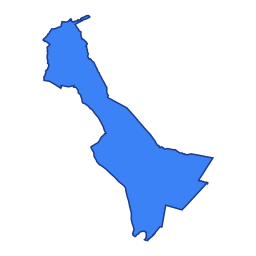 outline of Podgoria, Buzau, Romania
{"feature_id": "2599482B62775264936185", "entity_name": "Podgoria", "entity_type": "district", "adm_level": 2, "iso_a3": "ROU", "parent_name": "Romania", "parent_adm1": "Buzau", "projection": "equal_earth", "projection_center": [26.994, 45.465], "detail": "fine", "context": "isolated", "style": "filled", "palette": "blue", "viewbox_px": 256, "rotation_deg": 0, "n_neighbors": 0, "source": "geoboundaries", "source_scale": "gbopen_adm2", "svg_char_len": 5380}
<svg xmlns="http://www.w3.org/2000/svg" viewBox="0 0 256 256"><path d="M134.9,236.6L135.7,236.3L136.0,235.7L136.6,235.0L137.2,234.4L138.6,233.9L138.9,233.3L139.1,232.8L140.5,231.8L144.0,231.1L146.3,232.5L146.0,232.9L146.3,234.2L146.4,234.5L146.1,235.6L146.3,236.6L145.8,237.9L145.3,239.0L144.5,239.7L145.5,240.2L147.7,240.6L147.7,240.3L148.4,239.5L148.4,238.8L148.9,239.1L153.2,235.4L152.9,235.1L153.5,234.6L153.7,234.8L154.9,233.4L154.6,233.2L157.3,230.1L160.0,226.7L161.9,227.0L165.7,205.2L174.8,207.8L182.1,209.9L183.1,208.7L186.8,204.9L206.7,183.3L207.3,183.8L207.5,183.9L207.8,182.9L207.0,182.5L206.9,182.4L206.6,182.7L206.4,182.7L206.3,182.4L206.0,182.2L205.2,182.2L204.7,182.4L203.3,181.5L203.1,181.8L202.0,181.5L201.0,180.8L200.2,181.0L199.9,180.7L199.6,180.6L199.0,181.0L198.6,180.2L203.1,173.4L208.0,165.5L208.3,165.2L212.9,157.9L207.7,157.0L197.5,155.0L191.2,153.9L190.7,153.9L189.8,154.2L189.4,154.2L188.7,154.4L188.5,154.6L187.4,154.7L187.2,154.8L185.5,154.6L184.8,154.2L184.6,154.0L184.6,153.8L184.2,153.8L183.9,154.0L183.7,153.8L183.1,153.8L182.4,153.1L182.1,153.0L181.1,153.0L180.5,153.0L179.4,152.9L178.2,151.9L178.1,151.7L177.0,151.1L176.5,150.6L175.9,150.2L175.5,149.8L172.6,149.6L167.8,148.6L167.1,148.6L166.2,148.9L164.4,149.0L164.2,148.9L163.2,147.7L162.9,147.7L162.3,147.2L161.4,147.1L161.1,146.8L160.7,147.4L160.6,147.5L159.8,147.6L159.4,147.4L159.2,147.0L159.3,146.5L159.3,146.2L158.6,145.6L158.3,145.4L157.5,145.3L157.3,145.0L155.6,142.4L155.2,141.4L153.3,138.6L152.6,137.8L150.4,134.6L144.5,128.2L141.3,124.3L140.7,123.7L137.7,120.4L137.5,119.9L137.0,119.3L126.9,107.9L115.1,101.5L112.8,100.4L112.2,99.9L108.6,98.1L107.7,97.4L107.6,97.0L107.7,96.7L108.4,95.7L107.3,93.8L106.8,92.4L106.8,88.1L106.7,87.3L106.5,86.9L105.9,86.0L104.9,84.3L104.6,83.4L104.3,82.8L102.7,80.2L102.2,79.1L99.6,74.3L99.2,73.0L98.6,72.2L98.3,72.1L98.0,71.4L98.0,71.1L97.3,70.1L97.3,69.7L97.2,69.3L96.5,68.1L96.4,67.7L95.9,66.6L95.5,66.0L93.9,62.4L93.7,62.1L92.8,61.6L92.2,61.0L90.4,58.8L89.2,59.2L87.7,56.3L87.7,55.8L88.2,54.5L88.2,53.7L88.1,53.2L87.4,51.9L87.4,50.1L86.9,48.8L86.6,46.6L86.5,46.4L86.2,46.4L85.9,46.1L86.0,45.6L86.6,45.2L86.7,44.7L87.2,44.1L87.3,43.9L87.2,43.5L86.8,43.1L86.2,42.0L84.3,40.2L82.7,38.9L81.9,38.9L81.7,38.7L81.5,37.2L80.9,35.0L80.9,34.1L80.9,31.8L79.4,31.0L78.9,30.6L78.8,30.4L78.6,29.3L77.3,28.1L76.8,27.2L76.0,26.0L75.2,24.4L77.4,23.1L79.0,22.2L80.0,21.9L80.2,21.4L80.9,21.2L81.3,20.9L81.5,21.0L81.9,20.7L82.1,20.8L82.3,20.5L82.2,20.2L82.3,20.1L82.8,20.1L83.1,19.8L83.5,19.8L85.0,19.4L86.6,18.7L87.3,18.3L87.7,18.2L89.5,17.3L89.8,17.0L89.7,16.9L89.3,16.2L89.0,16.1L88.8,15.8L88.4,15.7L88.1,15.4L86.4,15.8L84.1,17.0L83.8,17.1L83.4,17.7L83.1,17.4L82.8,17.4L82.7,17.6L81.5,18.0L81.3,18.3L80.9,18.4L80.7,18.6L80.7,18.9L80.9,18.9L81.0,19.2L81.0,19.3L80.8,19.5L80.1,19.9L79.5,20.3L79.3,20.2L78.8,19.8L78.4,19.8L77.7,20.0L77.7,20.6L77.1,20.6L76.9,20.8L77.1,21.1L76.2,21.1L74.8,21.3L74.2,21.5L73.7,21.6L73.5,22.1L73.1,22.2L72.3,21.7L71.9,21.5L71.5,21.1L71.1,21.0L71.1,20.8L71.3,20.6L71.6,20.6L71.5,20.2L71.1,20.1L71.4,19.4L71.3,19.2L70.5,19.0L70.4,19.1L70.5,20.0L70.4,20.2L70.2,20.2L69.6,19.8L69.4,20.0L69.5,20.5L68.8,20.7L68.6,21.1L68.0,21.5L66.1,22.1L65.3,22.1L64.5,21.8L63.3,21.8L62.1,21.6L61.8,22.0L62.1,22.8L61.4,24.0L61.3,25.0L61.5,25.5L61.3,25.7L61.1,26.2L59.5,27.1L57.7,27.4L56.3,28.4L54.6,28.6L54.2,28.8L52.8,29.0L51.6,28.9L50.7,30.7L50.2,31.3L49.8,31.6L49.6,32.7L49.0,33.2L48.6,33.6L48.0,34.0L47.9,34.2L47.8,34.9L47.0,35.7L46.7,36.3L46.0,36.8L44.8,38.1L43.8,38.8L43.3,39.5L43.1,40.0L43.4,40.4L44.3,40.8L44.6,41.4L45.4,41.2L46.1,41.5L47.3,42.3L47.7,42.7L48.0,42.8L48.2,43.3L48.8,43.8L49.9,44.2L49.7,44.7L49.3,45.4L48.0,46.4L47.8,46.8L47.4,46.9L47.2,47.3L47.1,47.9L47.5,49.1L47.5,49.6L47.4,50.3L47.6,50.6L47.3,50.9L47.3,51.6L47.7,52.4L47.6,52.8L47.7,53.4L47.7,53.6L47.5,53.9L47.4,54.3L47.5,54.7L47.3,54.8L47.1,55.2L47.3,55.8L47.1,56.3L47.2,57.2L47.1,58.2L47.2,58.6L47.2,59.0L47.5,59.3L47.6,60.3L47.9,61.2L47.7,61.5L47.9,61.9L47.5,63.2L47.8,63.4L48.3,63.9L48.5,63.9L48.8,64.3L48.6,65.6L48.7,66.4L48.5,66.9L47.9,67.9L47.8,68.7L47.3,69.7L46.2,70.1L46.4,70.6L45.6,71.3L45.9,71.8L45.9,72.4L45.8,72.8L45.5,73.2L45.6,73.5L45.2,74.0L45.2,74.3L45.1,74.5L45.2,74.9L45.1,75.5L44.5,76.2L44.2,76.3L44.0,76.6L44.1,77.4L43.9,77.7L44.1,78.0L44.1,78.5L43.9,78.9L43.9,79.1L44.2,79.5L44.0,80.4L49.6,81.3L51.2,82.3L55.0,84.5L60.7,88.2L60.7,87.8L61.1,87.5L61.2,87.1L61.4,87.0L61.4,86.9L61.2,86.7L61.2,86.2L61.0,85.8L61.1,85.4L64.4,86.0L66.6,86.5L68.4,86.8L69.3,86.7L73.9,85.6L73.6,86.6L73.5,87.0L73.8,87.2L75.2,87.2L75.6,87.3L76.4,87.8L76.8,88.3L78.1,90.6L78.3,91.3L78.2,92.8L80.4,94.8L80.6,95.1L81.2,97.5L81.8,98.6L82.2,101.7L82.7,102.7L83.1,103.1L85.4,103.9L86.3,104.8L87.7,105.6L89.3,107.3L90.0,108.3L92.5,110.0L94.4,113.0L96.9,115.9L97.9,116.9L99.7,119.9L103.2,126.5L104.4,130.5L106.0,133.2L104.9,133.6L105.0,133.9L104.2,134.5L101.3,137.2L100.3,138.8L99.7,140.3L99.4,140.9L98.6,141.7L98.1,142.4L97.5,142.9L91.2,146.6L90.9,147.3L92.5,150.5L93.8,152.4L94.1,156.5L96.5,160.5L96.7,161.5L97.7,162.8L99.6,164.8L100.9,165.4L106.3,169.3L107.8,170.9L111.3,174.2L114.6,177.1L116.6,179.2L118.8,181.7L123.6,185.4L125.5,187.8L126.0,191.4L127.5,197.5L128.4,200.1L129.8,206.9L131.1,212.0L131.4,214.3L131.4,215.5L131.2,219.0L131.3,219.6L132.0,222.6L133.7,227.8L134.0,230.0L133.4,231.3L132.7,233.8L133.1,235.2L134.9,236.6Z" fill="#3b82f6" stroke="#1e3a8a" stroke-width="1.5"/></svg>